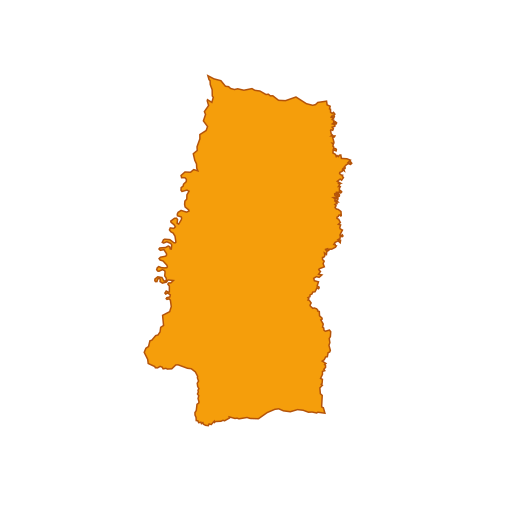 the district of Yopal, Casanare, Colombia, rotated 222°
{"feature_id": "7082276B99207474078135", "entity_name": "Yopal", "entity_type": "district", "adm_level": 2, "iso_a3": "COL", "parent_name": "Colombia", "parent_adm1": "Casanare", "projection": "orthographic", "projection_center": [-72.279, 5.237], "detail": "fine", "context": "isolated", "style": "filled", "palette": "amber", "viewbox_px": 512, "rotation_deg": 222, "n_neighbors": 0, "source": "geoboundaries", "source_scale": "gbopen_adm2", "svg_char_len": 6156}
<svg xmlns="http://www.w3.org/2000/svg" viewBox="0 0 512 512"><g transform="rotate(222 256 256)"><path d="M99.6,185.3L104.4,188.3L105.7,187.8L106.7,188.3L113.5,196.7L116.0,196.7L120.3,200.7L120.2,204.4L121.7,204.3L121.7,205.6L124.1,208.8L126.1,208.2L127.4,212.5L129.4,214.7L128.2,216.8L129.8,217.2L129.8,219.8L131.0,221.1L132.4,221.3L132.1,222.9L136.5,222.2L135.9,224.6L136.7,227.6L135.6,228.9L137.7,232.3L137.0,234.0L137.6,235.6L142.1,238.5L143.1,241.0L146.4,243.7L146.8,245.9L149.8,249.7L151.9,250.1L154.1,246.5L155.8,246.3L157.5,247.8L158.9,247.6L160.5,250.4L165.1,251.9L164.6,253.2L165.3,254.0L168.8,254.1L171.8,257.1L173.4,256.4L174.0,257.1L175.7,257.3L178.0,256.3L178.7,255.1L182.0,255.1L183.0,255.6L183.6,258.0L186.8,258.7L187.9,258.1L188.3,259.7L189.5,259.8L188.7,261.9L189.8,263.1L189.0,265.3L189.7,267.0L188.2,269.0L189.4,273.1L187.7,273.4L187.7,274.5L188.4,275.1L190.5,274.6L192.3,278.6L196.1,276.7L198.2,278.0L197.3,281.1L194.8,282.4L194.4,286.0L197.3,284.3L197.7,287.6L200.2,287.8L200.4,288.9L198.0,293.7L201.0,295.2L201.9,297.8L204.2,297.9L205.6,299.4L204.8,300.5L205.0,302.3L207.2,304.1L204.7,304.3L206.4,306.7L206.0,308.2L208.3,307.1L208.8,307.4L207.6,309.5L205.8,309.0L205.8,310.4L204.3,311.7L202.8,315.7L203.1,317.3L204.0,316.8L204.9,317.6L205.9,316.7L206.4,318.9L205.1,322.2L202.3,322.2L203.7,324.3L205.9,323.3L205.3,325.2L206.4,326.8L204.7,328.3L204.8,329.1L206.1,329.5L206.3,327.9L207.7,327.7L209.1,333.1L211.6,332.5L212.8,333.2L213.9,335.7L216.0,334.7L215.7,337.3L219.1,338.6L221.0,338.1L221.8,339.1L221.3,340.6L221.8,341.6L221.0,342.8L219.9,342.4L219.6,343.0L222.6,345.9L226.2,345.6L227.6,344.7L229.7,344.9L230.1,346.9L231.9,347.1L230.8,349.1L232.7,349.6L231.2,351.0L233.5,351.1L234.4,349.8L235.3,351.4L237.6,351.1L236.6,352.1L234.2,352.9L233.2,352.0L232.9,352.6L233.8,353.9L238.1,353.9L239.2,354.9L238.8,355.7L237.0,355.4L236.0,356.3L235.6,354.5L234.7,355.0L234.1,356.2L234.9,357.3L237.1,357.8L237.6,356.2L238.8,357.2L236.8,359.1L235.2,359.5L235.2,361.0L236.9,361.2L237.3,360.0L239.2,361.9L239.8,363.9L241.2,362.7L241.5,365.1L243.1,365.2L241.8,366.7L245.6,365.9L244.9,369.5L243.1,369.6L243.5,372.8L245.0,373.0L245.7,374.0L246.5,373.3L249.0,373.1L249.7,374.1L248.6,376.5L249.5,378.0L247.3,378.3L248.8,379.2L250.3,378.7L248.4,380.6L248.7,381.2L249.9,381.0L249.9,384.3L249.2,386.4L247.0,387.3L246.9,389.0L248.6,389.3L248.1,387.7L250.1,387.0L250.0,390.4L253.5,389.1L257.8,385.7L260.6,387.8L261.5,386.7L261.4,384.9L262.9,384.9L262.9,383.6L264.9,384.7L267.8,384.1L269.7,386.5L266.8,387.7L267.5,388.9L268.6,389.1L270.3,387.9L271.1,389.0L272.3,389.0L273.4,390.8L274.7,390.9L273.6,391.7L274.2,392.7L278.4,395.4L277.4,396.9L277.7,398.0L280.5,395.5L280.3,397.0L281.9,397.1L284.7,399.3L284.7,400.0L283.1,400.7L283.7,402.4L285.6,402.7L284.2,405.1L285.2,406.4L287.6,405.3L287.1,407.6L285.8,407.1L284.8,407.8L285.2,408.9L286.9,408.9L287.8,407.3L288.9,409.0L290.6,408.4L290.6,410.3L293.1,409.4L293.2,411.0L292.3,410.5L290.9,411.5L291.2,412.3L292.5,412.6L292.3,414.2L294.5,414.6L294.8,413.0L296.7,412.7L298.8,414.9L299.8,414.5L301.1,416.9L304.3,415.9L307.2,418.3L312.8,411.5L313.1,408.3L314.7,405.9L320.5,402.9L332.7,400.9L338.0,391.2L343.4,386.8L350.7,386.3L352.5,384.6L355.1,384.5L356.6,382.7L363.5,381.2L367.8,378.3L371.0,377.7L375.9,371.1L381.5,368.0L383.4,365.3L387.0,363.5L389.7,363.5L392.3,361.7L399.4,362.8L405.8,359.5L412.4,357.8L408.9,355.6L407.5,355.6L404.7,352.8L399.8,350.2L395.6,345.7L393.9,345.3L391.6,340.6L396.6,339.7L396.1,338.7L391.9,336.1L391.0,328.8L388.2,327.4L385.5,321.2L378.6,319.8L377.0,315.9L379.0,308.7L376.1,305.5L372.9,297.7L370.3,295.1L371.0,290.0L365.6,286.2L361.8,284.6L358.8,281.6L356.2,280.4L360.1,278.5L360.7,274.4L365.0,270.9L365.6,265.7L363.7,264.4L361.2,266.6L359.0,266.4L357.6,264.6L357.9,260.9L356.9,259.1L357.4,256.8L355.8,254.7L354.2,254.4L351.4,258.8L349.1,259.3L348.3,255.3L345.5,251.9L345.6,249.3L343.7,246.7L341.5,245.0L336.9,245.2L335.9,244.6L336.9,242.2L342.2,239.7L343.1,236.3L342.5,234.4L341.3,233.3L337.8,235.0L336.7,234.5L335.8,233.0L334.8,227.9L336.6,227.6L338.7,230.6L340.4,230.9L341.8,229.5L342.7,224.9L341.7,224.2L337.8,224.4L335.4,223.7L335.6,221.5L338.5,219.5L337.8,217.5L335.6,217.0L332.9,217.6L329.4,216.5L324.8,212.7L324.9,211.6L325.9,210.9L331.0,210.5L335.1,207.4L335.6,206.1L334.8,203.4L333.3,203.8L331.8,206.9L327.7,208.3L326.0,207.8L323.6,204.5L324.4,203.9L326.3,205.1L327.9,204.7L328.9,201.8L332.9,197.6L332.8,196.3L330.9,196.2L328.7,199.1L324.2,197.9L323.1,196.9L323.0,195.4L326.2,191.2L326.3,189.2L324.6,188.8L321.8,190.1L315.8,189.5L314.6,188.6L314.5,187.5L316.2,185.8L318.6,184.0L321.2,183.1L321.5,181.2L320.7,179.4L319.1,179.0L317.9,179.7L316.4,183.2L314.2,184.0L312.9,183.3L310.5,180.1L308.0,179.5L306.4,178.0L306.6,176.8L307.8,175.9L311.5,177.1L315.1,174.8L315.7,171.3L314.6,169.9L313.5,169.7L312.5,170.7L313.6,173.2L312.9,174.7L311.5,174.6L310.2,172.8L307.4,173.2L305.1,176.6L305.3,179.4L301.0,182.5L301.3,178.9L302.8,177.7L302.9,176.7L302.5,176.0L300.3,175.7L296.4,171.4L296.7,170.6L299.3,169.9L298.9,167.5L297.6,167.3L297.0,169.3L293.7,169.8L292.6,167.9L294.4,165.4L294.2,164.2L293.1,164.2L291.8,166.0L290.1,165.9L285.1,161.7L282.9,156.9L285.7,149.4L278.2,142.5L279.1,139.2L276.5,135.4L276.0,131.7L277.3,129.7L277.1,123.7L278.1,122.0L275.3,116.8L276.1,113.8L274.6,109.6L267.3,106.7L264.2,104.0L257.3,106.1L256.0,105.6L254.3,107.0L253.4,109.8L251.3,110.6L249.5,110.0L247.8,112.2L246.2,112.7L243.1,115.8L242.7,121.4L241.1,123.0L231.8,126.7L228.7,128.9L223.5,129.3L218.8,127.5L218.1,126.3L215.0,124.6L214.5,122.1L212.0,120.0L209.7,119.2L209.3,117.4L207.8,116.3L207.2,114.3L205.1,113.9L203.7,111.3L200.7,109.4L200.2,108.4L200.6,106.3L197.0,101.2L196.6,98.8L194.9,97.0L192.5,95.9L190.3,93.7L189.0,94.6L187.0,93.8L185.8,95.6L184.4,94.9L184.0,96.6L182.6,95.8L180.2,96.4L177.9,98.0L178.5,99.8L176.5,100.8L176.5,105.3L175.5,104.6L175.3,105.9L171.5,109.7L170.6,111.8L169.1,112.5L167.3,117.8L168.3,118.5L162.9,121.2L161.6,122.8L159.7,123.6L154.6,130.0L151.6,131.4L145.3,136.7L142.9,147.2L139.4,154.7L136.8,157.7L132.0,159.3L126.3,163.2L122.4,169.6L117.8,172.9L112.5,175.0L109.9,177.6L105.9,179.9L105.5,181.3L99.6,185.3Z" fill="#f59e0b" stroke="#b45309" stroke-width="1.5"/></g></svg>